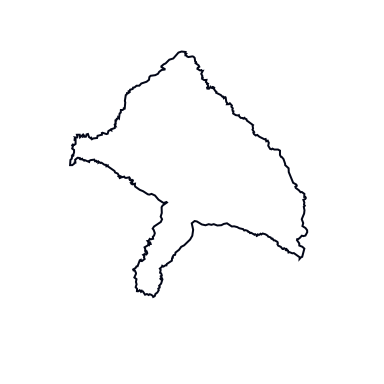 the district of Muembe, Niassa, Mozambique, rotated 124°
{"feature_id": "85939544B2234925194697", "entity_name": "Muembe", "entity_type": "district", "adm_level": 2, "iso_a3": "MOZ", "parent_name": "Mozambique", "parent_adm1": "Niassa", "projection": "albers", "projection_center": [35.883, -12.778], "detail": "fine", "context": "isolated", "style": "outline", "palette": "ink", "viewbox_px": 384, "rotation_deg": 124, "n_neighbors": 0, "source": "geoboundaries", "source_scale": "gbopen_adm2", "svg_char_len": 6043}
<svg xmlns="http://www.w3.org/2000/svg" viewBox="0 0 384 384"><g transform="rotate(124 192 192)"><path d="M193.5,299.7L194.9,298.7L198.2,301.7L200.3,300.9L202.8,303.8L204.2,304.5L203.5,305.8L204.1,305.9L204.0,308.2L202.1,310.7L203.2,311.6L205.5,310.9L206.2,311.8L206.0,312.5L206.7,313.0L205.5,313.3L205.2,314.4L209.2,315.4L207.3,317.1L208.9,319.4L210.3,317.8L211.4,317.9L212.2,319.6L212.6,318.8L213.6,319.0L214.5,318.4L214.0,317.6L217.2,315.4L218.8,315.9L219.3,317.4L220.4,317.4L220.7,316.3L223.0,315.6L223.1,313.3L225.0,312.0L226.8,311.4L228.5,311.8L228.5,310.8L230.0,311.2L231.6,310.3L233.4,310.7L237.9,308.1L236.7,306.3L234.0,305.4L233.3,305.8L232.8,305.1L230.6,306.9L227.6,306.0L226.9,304.7L227.2,303.9L226.7,303.7L227.2,302.8L226.0,301.7L226.5,301.3L225.9,299.4L226.2,298.9L225.5,298.6L224.6,294.2L223.8,294.7L222.1,293.7L219.8,291.1L220.7,289.7L219.8,288.9L220.3,287.9L219.0,287.0L219.3,286.0L219.9,285.8L219.0,285.2L219.1,284.1L218.3,283.4L218.4,279.9L217.6,278.5L218.5,277.4L217.1,276.7L217.8,276.0L217.9,268.0L218.8,266.7L218.3,263.9L219.3,261.8L220.1,261.8L220.1,260.6L220.8,259.7L220.0,259.1L218.9,259.8L218.6,258.0L217.2,256.8L217.6,255.9L217.3,254.6L214.9,252.2L215.4,251.1L216.3,251.0L216.8,250.2L216.3,248.9L215.5,248.6L215.4,247.5L217.1,247.1L218.0,247.7L218.0,246.9L219.0,247.0L219.0,245.7L217.0,243.9L218.7,243.0L219.3,242.0L219.4,236.4L218.7,233.0L218.6,227.3L218.0,225.9L216.2,224.5L215.6,220.7L217.1,215.5L217.0,209.4L214.6,207.6L214.7,206.9L219.6,208.8L221.6,208.7L226.3,205.3L229.9,204.2L231.3,201.6L234.3,201.1L241.9,204.2L244.4,204.1L244.8,202.7L246.9,199.8L249.3,199.1L251.1,199.4L252.5,198.1L254.4,199.8L254.5,200.8L256.9,200.7L257.5,201.4L257.9,200.3L257.2,198.5L258.2,197.2L258.9,198.0L259.9,197.9L259.7,199.1L260.6,198.6L264.4,200.4L265.5,198.8L266.9,198.0L266.6,197.4L267.5,196.9L266.7,196.2L267.7,194.9L269.3,194.9L269.8,196.5L271.4,197.3L271.7,195.7L273.0,195.3L274.0,193.8L277.3,194.9L277.6,195.5L276.8,196.5L277.8,197.1L284.0,195.6L284.7,196.4L286.5,196.3L289.1,197.5L289.7,196.6L289.1,195.5L290.3,193.4L291.1,192.7L295.1,192.0L295.3,189.3L297.9,188.2L299.5,186.3L302.4,185.5L303.0,183.4L305.0,182.2L304.5,181.2L302.8,180.5L303.0,179.9L302.1,178.8L302.6,178.5L303.0,179.0L303.3,178.4L302.2,178.0L301.9,177.1L303.4,173.5L301.8,172.3L301.6,170.3L300.6,170.1L300.1,169.0L300.0,166.6L300.7,165.5L299.2,164.7L296.8,165.3L294.8,164.5L291.9,164.7L291.0,165.9L289.3,165.4L288.6,165.8L288.2,166.8L285.2,166.4L280.9,167.7L280.6,168.2L281.8,169.1L281.6,169.7L279.5,169.7L279.2,170.8L277.9,170.5L276.7,172.1L276.8,173.3L274.1,174.4L273.5,175.8L270.9,175.1L269.8,175.4L269.7,173.9L267.4,172.9L267.1,172.2L265.7,172.6L260.2,170.3L258.1,171.5L257.2,171.1L256.6,171.8L254.6,171.9L253.5,170.9L251.4,171.8L247.1,170.4L243.5,170.3L240.6,168.7L232.5,167.0L228.1,167.3L222.7,169.9L218.1,174.7L214.6,173.6L213.7,171.5L213.4,165.7L212.0,162.2L209.3,160.1L208.4,157.6L206.5,156.0L205.6,152.3L203.1,149.1L200.7,147.8L198.4,145.5L198.3,139.7L196.9,137.9L195.8,134.9L195.6,132.5L194.2,128.9L194.7,127.2L193.7,126.3L193.1,124.0L193.6,123.1L193.1,121.9L193.6,120.9L192.7,120.0L192.5,116.3L191.7,116.1L191.6,114.5L192.2,113.8L191.6,113.4L190.4,113.7L190.0,112.4L188.3,111.8L188.4,110.8L186.9,110.2L186.0,107.5L185.9,104.9L186.4,103.9L185.7,101.5L186.3,99.9L185.6,99.2L186.4,97.3L185.8,96.4L185.6,93.3L186.4,92.2L187.5,92.0L188.3,90.5L187.8,87.8L188.6,85.1L188.2,84.4L187.1,84.2L187.0,82.4L186.4,81.9L186.6,81.3L187.6,81.3L186.9,79.6L188.2,78.2L187.3,77.5L186.7,74.5L185.7,73.4L185.9,66.2L187.3,65.4L185.1,65.1L184.1,64.4L176.1,67.2L175.7,69.9L176.4,73.1L174.6,74.4L173.2,78.1L172.2,78.4L171.7,77.6L170.0,77.0L166.8,76.5L166.3,75.0L164.7,73.6L160.9,74.0L159.3,75.2L158.4,77.8L158.5,81.4L155.6,82.4L153.2,85.8L147.2,87.0L144.3,88.5L141.7,91.1L140.3,90.8L139.8,92.1L137.9,93.0L136.2,95.3L134.5,94.2L133.3,94.3L132.7,95.3L133.3,96.2L130.7,97.8L130.6,101.0L131.5,101.9L130.8,104.3L130.6,108.3L129.8,109.3L128.4,108.6L127.9,108.9L127.5,109.9L127.8,113.3L121.4,122.9L118.3,125.2L117.6,129.8L116.5,130.6L113.5,134.6L112.8,137.2L113.1,137.9L112.1,139.8L108.5,142.2L108.7,144.5L110.8,147.6L111.1,149.6L112.1,149.9L112.6,151.3L111.0,154.7L108.3,155.8L107.1,157.9L108.4,158.8L106.9,160.6L107.8,161.4L108.5,167.1L108.2,169.8L109.5,170.8L109.3,173.1L108.5,174.3L107.6,174.0L106.5,176.7L105.2,176.9L103.2,178.8L102.4,178.8L102.1,186.5L101.2,187.6L101.6,189.2L101.2,189.9L102.5,190.5L102.3,191.3L103.3,193.1L102.9,195.1L102.1,196.1L102.7,196.4L103.8,198.7L103.9,201.8L101.9,202.8L102.1,203.5L101.1,204.6L99.8,205.0L99.3,207.0L98.0,207.3L97.3,210.2L98.6,210.5L99.7,212.1L98.6,212.4L98.1,214.0L94.8,217.0L94.8,217.6L96.4,218.1L95.5,219.4L96.0,220.0L95.5,222.2L96.2,227.5L95.3,227.8L95.2,229.2L94.2,231.6L93.2,231.8L93.1,232.9L93.4,233.6L94.5,233.4L94.9,234.7L94.5,235.4L96.9,235.7L97.7,237.1L97.0,237.9L95.7,237.6L94.8,238.1L94.2,239.2L93.5,239.3L93.9,240.0L93.3,240.3L93.1,241.9L91.0,242.7L92.4,244.4L92.5,247.0L91.1,247.2L91.1,247.9L90.0,248.3L88.9,250.4L85.7,250.8L86.1,251.2L85.7,252.4L86.7,253.2L86.9,256.4L85.9,256.7L84.1,256.0L83.3,257.4L83.2,260.9L82.5,260.8L81.9,261.5L82.1,262.3L79.4,264.7L79.0,266.4L79.4,267.6L82.1,270.4L82.4,271.8L82.0,272.7L82.4,273.8L81.5,274.1L81.3,274.7L80.6,274.4L80.7,275.1L79.5,275.6L81.4,279.2L84.0,281.2L91.8,282.2L95.0,284.8L100.2,285.8L102.0,286.9L104.9,287.7L105.5,287.2L105.3,283.4L105.8,283.2L107.8,285.4L110.7,286.4L113.0,286.3L115.7,287.8L118.8,291.3L120.6,291.6L123.0,290.4L126.0,291.3L130.4,294.7L133.3,295.1L134.9,297.4L137.4,298.1L138.4,299.2L139.8,298.8L141.8,300.5L143.2,300.1L143.9,300.9L144.5,300.5L144.4,299.7L145.7,300.1L146.4,301.2L147.6,300.7L148.7,301.1L154.0,298.6L155.1,297.4L160.4,294.5L160.8,295.3L161.6,294.9L162.9,295.5L163.8,296.8L166.0,295.5L167.4,295.9L171.8,293.7L171.6,294.8L172.2,294.4L173.3,295.3L173.9,294.9L175.3,295.5L175.6,294.7L176.8,294.7L177.5,293.7L179.1,293.8L179.2,293.0L180.0,293.0L180.4,292.0L180.8,292.5L182.2,291.8L185.2,294.1L186.0,293.4L186.1,294.4L188.2,295.4L190.8,294.5L191.8,295.3L192.9,299.3L193.5,299.7Z" fill="none" stroke="#020617" stroke-width="2"/></g></svg>